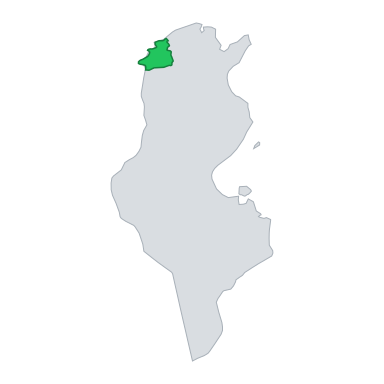 Jendouba highlighted on a map of Tunisia
{"feature_id": "TUN-106", "entity_name": "Jendouba", "entity_type": "Governorate", "adm_level": 1, "iso_a3": "TUN", "parent_name": "Tunisia", "parent_adm1": "", "projection": "albers", "projection_center": [8.765, 36.686], "detail": "fine", "context": "in_parent", "style": "filled", "palette": "green", "viewbox_px": 384, "rotation_deg": 0, "n_neighbors": 0, "source": "natural_earth", "source_scale": "10m", "svg_char_len": 3508}
<svg xmlns="http://www.w3.org/2000/svg" viewBox="0 0 384 384"><path d="M270.6,219.5L270.6,220.7L269.4,229.8L269.2,233.1L269.1,238.6L269.3,245.2L272.7,250.6L272.9,253.1L271.7,256.0L265.9,259.4L258.3,263.8L251.8,267.9L244.7,272.5L242.5,275.3L239.0,277.6L236.0,279.8L235.5,281.9L233.5,285.9L230.8,289.1L223.9,290.7L222.7,291.6L219.5,296.4L218.1,298.3L216.3,302.2L218.8,312.3L221.9,322.6L222.5,326.9L222.5,330.5L221.0,334.4L217.3,340.0L214.6,344.1L209.5,351.5L208.0,353.3L204.4,355.5L197.4,358.4L192.5,361.0L189.9,349.8L187.7,340.3L185.9,332.4L182.7,318.6L180.0,306.8L177.4,295.1L175.0,284.5L172.6,273.7L171.6,272.2L164.5,267.1L158.0,262.4L151.2,257.1L143.9,251.3L142.8,244.1L139.1,233.1L135.2,227.0L133.8,225.4L125.9,221.4L121.3,218.4L120.1,216.7L119.3,212.2L116.1,203.4L112.5,195.3L111.2,189.8L111.1,183.0L111.9,178.0L113.6,175.9L121.3,169.9L124.9,162.5L129.3,159.7L133.1,157.7L136.1,155.3L138.9,151.4L141.0,147.2L141.4,142.7L142.3,135.5L143.7,130.5L146.9,124.9L145.6,120.3L143.9,115.4L144.4,106.9L144.0,103.4L142.7,100.3L141.3,96.4L141.3,93.1L142.7,84.5L143.7,78.0L145.4,69.5L144.8,67.1L143.6,65.3L140.0,63.4L140.0,62.2L140.9,61.0L146.2,56.9L149.1,50.8L151.5,49.5L155.1,47.3L154.9,44.9L154.1,42.4L163.5,39.5L172.5,32.0L175.6,30.1L196.2,23.0L198.9,23.5L202.0,24.5L201.1,27.1L199.9,29.1L201.7,32.7L204.2,30.5L203.6,29.0L203.4,27.1L207.6,26.8L211.4,27.1L215.6,29.2L215.4,37.4L221.1,45.3L219.6,49.3L224.1,51.6L228.1,48.7L230.1,44.5L237.4,41.9L244.4,35.6L248.2,34.9L249.2,39.9L251.2,44.3L248.6,45.9L245.3,50.7L239.1,62.7L233.2,66.3L228.8,71.0L227.4,74.3L227.1,78.1L228.3,84.9L231.7,91.7L235.6,95.8L239.3,97.0L247.9,103.4L247.9,107.3L249.2,112.0L249.8,117.6L252.9,122.0L246.7,132.0L243.4,139.2L236.7,149.1L230.7,155.6L217.8,165.3L214.6,168.5L212.5,171.8L211.6,175.2L212.0,179.1L216.5,188.9L222.4,194.6L228.3,197.6L238.6,196.2L238.3,199.9L239.1,204.5L243.3,204.2L246.1,203.4L248.3,198.9L253.4,201.8L256.3,211.0L260.6,213.7L261.1,214.8L259.6,215.5L258.5,216.6L259.8,217.3L264.0,218.4L266.4,217.6L270.6,219.5ZM248.2,194.4L247.2,194.6L245.3,196.0L244.3,196.1L241.4,194.7L240.3,194.8L238.9,193.8L239.2,188.2L239.6,186.7L246.6,186.3L250.5,189.5L251.1,190.4L251.3,191.3L249.6,193.2L248.2,194.4ZM259.6,145.0L253.7,148.6L254.8,145.6L258.6,141.9L259.7,142.7L259.6,145.0Z" fill="#d9dde1" stroke="#a8b0b8" stroke-width="1"/><path d="M152.0,49.0L153.3,48.7L155.9,47.7L156.6,47.2L156.6,46.6L155.3,44.6L155.2,44.1L155.2,43.5L155.1,42.3L155.8,42.0L158.5,40.9L159.5,40.7L162.7,40.7L163.6,40.4L165.1,39.0L166.3,38.5L167.9,40.3L168.2,40.8L167.3,41.1L167.2,41.2L167.0,41.4L166.9,41.7L166.9,42.0L167.0,42.2L168.5,43.8L169.2,45.0L169.3,45.4L169.4,45.7L169.3,45.9L169.1,46.1L167.7,47.2L167.6,47.4L167.5,47.6L167.4,47.8L167.4,48.1L167.3,48.5L167.3,48.8L167.2,49.0L167.0,49.4L166.9,49.7L167.0,49.9L167.1,50.1L167.3,50.2L167.5,50.3L169.9,50.8L170.1,50.8L170.5,51.1L170.9,51.4L171.1,51.6L171.1,51.9L171.2,52.1L170.9,54.5L171.0,55.3L171.1,55.7L171.2,55.9L171.5,56.3L172.8,59.8L173.1,60.6L173.1,61.2L173.0,61.4L172.4,62.0L172.1,62.4L172.1,62.6L171.9,63.2L171.9,64.6L171.8,64.9L171.7,65.1L170.8,65.6L170.1,65.4L169.5,65.4L168.8,65.5L167.1,66.1L163.8,67.3L154.7,67.8L154.3,67.8L152.9,68.4L149.4,70.1L148.6,70.2L146.2,70.0L145.6,70.0L145.7,69.4L145.8,67.4L145.7,66.5L145.4,65.6L144.8,65.2L144.1,65.0L143.3,64.7L140.0,64.2L138.5,63.5L138.5,61.9L139.5,60.8L140.6,60.1L143.0,59.2L147.7,56.4L148.5,55.4L149.4,53.8L149.7,52.1L149.0,51.1L147.6,50.4L147.9,49.7L149.1,49.1L150.5,48.9L152.0,49.0Z" fill="#22c55e" stroke="#15803d" stroke-width="1.5"/></svg>